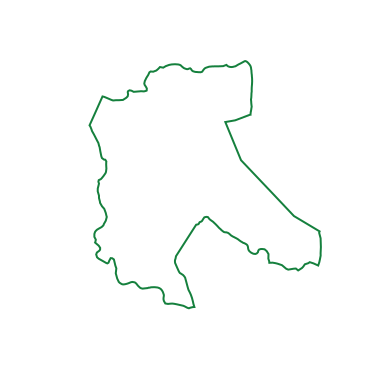 outline of Grace, Laborie, Saint Lucia, rotated 329°
{"feature_id": "8701671B7232350225457", "entity_name": "Grace", "entity_type": "district", "adm_level": 2, "iso_a3": "LCA", "parent_name": "Saint Lucia", "parent_adm1": "Laborie", "projection": "robinson", "projection_center": [-60.967, 13.776], "detail": "fine", "context": "isolated", "style": "outline", "palette": "green", "viewbox_px": 384, "rotation_deg": 329, "n_neighbors": 0, "source": "geoboundaries", "source_scale": "gbopen_adm2", "svg_char_len": 5212}
<svg xmlns="http://www.w3.org/2000/svg" viewBox="0 0 384 384"><g transform="rotate(329 192 192)"><path d="M134.8,291.8L135.2,290.2L135.6,288.6L136.3,286.6L137.4,282.9L138.1,279.5L138.4,277.0L138.6,274.0L139.3,271.3L140.8,266.1L142.0,261.8L141.9,260.3L141.6,258.6L140.3,255.9L139.9,255.2L139.8,254.2L139.9,252.6L140.3,249.2L141.0,244.0L141.8,242.4L142.4,241.6L143.6,240.6L145.2,238.8L146.0,238.4L147.0,237.9L178.7,222.2L180.4,222.8L181.2,222.8L183.0,221.8L184.7,222.1L185.6,222.0L186.4,221.6L187.7,220.9L189.5,220.1L190.4,220.3L191.8,220.9L192.7,221.7L192.9,223.2L193.0,224.2L193.3,225.1L193.6,225.8L193.9,226.6L194.3,227.4L194.6,228.1L194.8,228.7L195.0,229.4L195.2,230.2L195.5,231.2L195.8,232.4L196.0,233.3L196.3,234.6L196.6,236.2L196.9,237.4L197.3,238.4L197.4,239.0L197.7,240.1L198.0,240.9L198.3,241.7L198.5,242.2L198.8,242.8L199.4,243.4L199.9,243.8L200.7,244.3L201.2,244.9L201.7,245.4L201.9,245.8L202.4,246.9L202.6,247.6L202.9,248.6L203.0,249.1L203.4,249.9L203.8,250.7L204.2,251.4L204.5,251.9L205.0,252.6L205.5,253.5L206.1,254.4L206.7,255.5L207.2,256.5L207.7,257.9L208.1,258.8L208.5,259.7L209.0,260.5L209.4,261.4L209.9,262.2L210.5,262.8L211.3,264.2L211.7,264.9L211.9,265.6L212.0,266.2L212.0,266.5L211.8,267.4L211.6,268.1L211.4,268.5L211.1,269.2L210.9,269.7L210.7,270.6L210.6,271.1L210.7,271.9L210.7,272.4L211.0,273.2L211.2,273.7L211.5,274.6L212.0,275.3L212.5,276.1L213.1,276.8L213.7,277.2L214.3,277.7L215.1,277.9L215.9,278.0L216.7,277.8L217.6,277.5L218.4,276.6L219.2,276.1L220.0,275.9L220.7,276.1L221.3,276.2L222.1,276.6L222.6,276.9L223.2,277.3L224.7,278.5L225.6,281.2L225.6,284.6L223.1,288.5L222.5,291.1L221.8,292.5L224.7,294.1L227.0,296.1L228.5,297.6L231.4,301.0L232.1,303.0L233.2,306.3L234.5,308.1L239.6,310.1L241.6,311.1L242.6,313.9L243.8,313.9L247.1,313.8L248.9,313.3L251.5,312.1L255.0,312.9L256.8,312.8L259.4,315.8L262.3,320.0L265.0,317.7L266.8,315.8L269.5,312.8L270.7,310.7L274.1,305.6L278.4,297.9L280.0,292.4L281.1,291.5L267.0,265.1L261.3,239.1L250.4,190.0L256.6,149.2L265.9,152.8L281.9,155.7L282.0,155.8L283.6,153.6L283.8,153.5L284.3,152.9L285.0,152.1L285.8,151.1L286.5,150.3L287.1,149.6L287.5,148.7L287.9,147.8L288.6,146.3L289.3,145.0L290.2,143.1L291.3,141.8L292.4,140.2L293.9,137.9L294.8,136.8L296.0,134.8L296.9,133.4L297.8,132.1L298.9,130.6L299.9,129.1L300.5,128.2L301.0,127.3L301.6,126.3L302.2,125.2L302.7,124.1L303.6,122.4L304.1,121.2L304.5,120.4L305.0,119.4L305.6,118.3L306.0,117.1L306.5,116.1L306.8,115.1L307.0,114.1L307.0,112.8L306.9,111.9L306.7,110.7L306.5,109.8L306.3,109.1L306.0,108.4L305.7,107.9L305.2,107.3L304.5,107.0L299.7,106.8L297.5,106.6L295.5,106.6L294.0,106.6L292.8,106.2L291.7,105.9L290.3,105.3L289.3,104.6L288.5,103.9L287.7,102.9L287.3,102.1L287.0,100.8L285.0,100.4L283.6,100.2L279.4,97.9L276.7,96.3L274.1,94.8L271.2,93.4L268.1,92.7L266.7,92.6L265.9,92.8L264.2,93.4L262.8,94.1L262.2,94.1L261.1,93.8L259.5,92.8L257.9,91.6L256.7,90.8L255.1,89.1L254.5,87.7L254.5,86.1L254.1,85.0L253.1,84.7L252.0,84.6L251.4,84.4L250.6,83.8L249.5,82.5L248.8,81.5L247.9,79.0L247.6,77.7L247.0,76.7L245.9,75.6L243.2,73.7L240.3,72.2L237.9,71.3L234.3,70.6L231.4,70.6L228.9,68.4L226.4,69.1L224.0,69.5L220.7,68.9L218.6,67.4L217.1,67.5L214.8,69.1L211.8,70.6L208.7,72.6L207.0,74.4L206.6,75.7L206.7,78.1L206.6,80.0L205.4,81.7L204.5,81.6L202.6,81.0L200.3,79.4L195.0,76.8L193.6,76.1L192.3,74.0L190.9,72.7L189.3,72.6L188.4,73.2L187.5,75.4L186.1,76.9L184.1,77.4L180.2,77.5L176.3,75.5L174.2,74.2L171.5,72.9L170.3,71.5L168.3,68.7L165.8,65.3L164.5,64.0L147.9,75.6L138.5,82.1L138.5,82.5L138.6,83.5L138.5,84.0L138.3,85.3L138.0,87.0L137.7,88.2L137.6,91.5L137.6,92.0L137.1,99.5L137.0,101.7L136.4,103.8L136.2,104.3L135.9,106.0L134.4,109.8L132.7,114.6L132.3,116.5L133.2,118.8L134.3,119.7L134.3,121.7L133.9,122.2L132.6,124.2L131.0,127.2L130.9,127.5L130.4,128.2L128.6,130.5L127.4,131.4L126.7,131.7L124.2,132.8L121.4,133.8L120.5,134.0L120.4,134.0L119.2,133.9L118.2,133.8L117.4,134.6L117.1,134.9L117.0,135.2L116.6,136.9L114.2,139.3L113.0,140.5L111.6,142.8L111.5,143.0L110.4,147.2L109.8,148.2L109.2,149.2L108.5,151.5L108.4,152.0L108.0,153.1L107.6,154.0L107.5,157.8L107.8,159.6L108.0,160.5L108.1,161.3L107.3,165.5L106.4,168.3L106.1,169.5L103.3,172.2L99.9,174.1L99.7,174.3L98.8,175.0L97.3,175.3L96.5,175.5L93.8,175.4L91.1,175.4L89.5,175.8L88.7,176.1L88.2,176.4L86.7,177.7L85.8,179.2L85.2,180.2L85.0,183.3L84.6,183.8L83.9,184.5L83.1,185.4L82.9,185.5L84.4,190.0L84.5,192.6L83.5,194.1L82.3,194.6L79.3,194.9L77.7,196.2L77.0,199.1L77.7,201.2L80.1,205.4L82.0,208.8L82.7,209.6L84.0,209.6L85.7,208.3L88.2,206.8L89.5,207.7L90.3,209.6L89.3,212.8L88.4,215.6L87.8,218.5L84.8,222.4L83.3,227.7L83.0,230.8L82.9,231.1L83.2,232.5L84.2,234.5L84.7,235.2L85.6,235.9L87.2,236.6L88.5,237.0L89.6,237.3L91.2,237.6L92.7,237.8L93.2,237.9L94.4,238.3L95.9,239.5L96.7,240.5L97.1,242.0L97.4,244.4L97.5,244.9L98.2,247.4L98.9,248.4L99.9,249.4L101.7,250.2L104.5,251.5L105.6,251.7L106.4,252.2L107.6,252.5L108.4,252.9L110.9,254.3L113.4,256.2L114.6,257.7L115.3,259.2L115.6,261.0L115.5,262.9L114.9,265.6L114.4,266.5L113.3,267.8L112.4,269.1L111.8,270.8L111.7,273.8L113.8,275.6L116.0,276.6L117.8,277.6L119.2,278.7L121.2,280.5L126.0,285.1L126.9,286.4L128.4,288.9L129.5,290.1L131.0,290.3L133.5,291.1L134.8,291.8Z" fill="none" stroke="#15803d" stroke-width="2"/></g></svg>